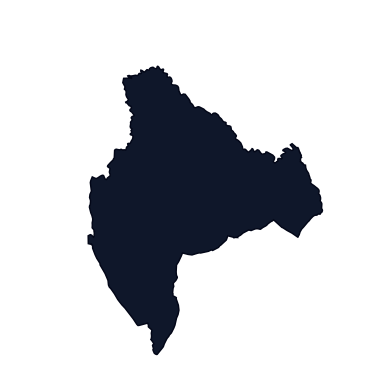 Tibasosa, Boyacá, Colombia (Natural Earth projection), rotated 335°
{"feature_id": "7082276B75151573988065", "entity_name": "Tibasosa", "entity_type": "district", "adm_level": 2, "iso_a3": "COL", "parent_name": "Colombia", "parent_adm1": "Boyacá", "projection": "natural_earth1", "projection_center": [-72.995, 5.748], "detail": "fine", "context": "isolated", "style": "filled", "palette": "ink", "viewbox_px": 384, "rotation_deg": 335, "n_neighbors": 0, "source": "geoboundaries", "source_scale": "gbopen_adm2", "svg_char_len": 5972}
<svg xmlns="http://www.w3.org/2000/svg" viewBox="0 0 384 384"><g transform="rotate(335 192 192)"><path d="M108.0,136.2L104.9,139.1L103.8,140.6L101.2,148.7L98.6,151.0L96.9,153.6L96.4,157.1L94.6,160.2L93.3,161.3L92.6,162.5L91.5,168.2L91.4,170.8L90.8,174.0L90.1,175.6L88.5,177.8L87.7,179.8L86.4,182.3L86.9,184.0L87.0,186.5L86.5,186.5L86.1,188.0L84.6,190.6L83.8,191.2L83.7,191.3L83.3,190.6L82.8,188.7L81.8,187.7L79.4,187.8L76.2,195.0L78.0,196.4L78.9,196.6L78.9,196.9L78.7,197.3L79.3,198.4L78.2,201.0L77.7,207.7L77.7,211.9L78.4,217.2L78.4,218.2L77.9,219.2L78.8,229.1L78.6,234.8L78.5,236.7L77.0,241.0L76.9,243.2L77.6,245.3L78.7,251.4L79.3,258.0L79.8,260.4L80.8,264.7L82.2,268.9L85.1,281.9L86.1,288.7L86.6,290.1L87.5,290.5L96.5,292.1L96.0,295.1L95.5,295.6L95.5,295.9L97.2,299.8L97.1,300.6L95.5,302.7L94.5,305.5L93.2,307.7L92.4,308.2L93.0,310.8L93.3,313.6L91.7,314.1L91.4,314.4L90.9,317.6L89.9,318.5L89.8,319.3L89.7,322.1L90.3,323.3L91.1,324.2L91.6,324.1L91.9,324.4L99.9,320.5L100.8,319.9L102.6,318.0L107.0,314.5L108.1,313.8L109.8,313.1L111.0,312.1L113.7,311.0L118.0,307.6L120.2,305.5L124.7,299.7L127.5,297.2L130.2,293.6L131.8,288.8L132.5,282.2L133.1,281.2L132.9,280.7L130.9,278.0L131.0,277.4L131.7,276.4L131.8,275.3L132.2,274.5L134.1,271.3L135.6,269.8L136.1,267.7L136.7,266.6L140.0,265.3L142.4,263.5L142.7,262.8L142.7,260.9L143.8,257.8L147.1,251.6L150.5,249.4L155.3,245.4L157.6,243.2L162.1,246.9L165.4,249.0L171.0,249.8L172.8,250.2L174.0,250.9L181.9,252.7L185.0,252.6L186.0,253.7L192.6,253.4L194.5,252.4L195.6,252.3L202.8,250.0L206.0,246.8L210.3,250.4L210.6,251.2L211.8,251.4L214.1,252.5L214.1,251.9L217.8,251.6L221.1,250.7L227.4,250.4L229.3,251.9L233.3,252.1L234.6,252.4L236.0,253.0L238.1,254.6L238.8,254.6L241.1,254.1L244.3,253.9L245.6,253.7L247.1,253.0L250.8,252.2L252.6,252.2L254.2,251.7L258.5,262.0L259.4,263.0L261.9,267.0L265.3,271.6L268.6,277.3L268.8,277.1L269.2,277.5L270.6,276.1L270.9,276.2L273.1,273.8L275.8,271.9L278.3,270.9L284.3,268.1L285.7,267.7L288.2,266.4L291.1,265.3L292.8,265.0L293.9,265.1L295.4,265.7L297.3,265.3L298.7,266.2L301.1,264.8L301.3,265.0L302.3,264.1L302.6,263.1L302.5,261.6L304.6,257.7L304.8,256.9L304.5,254.8L304.6,253.8L305.5,252.8L306.2,251.2L306.5,249.0L306.0,247.2L307.5,245.0L307.8,243.9L307.5,242.4L305.2,237.7L303.7,235.2L303.3,234.1L303.6,233.4L304.6,232.1L304.9,231.2L304.5,229.5L304.9,228.8L305.2,225.9L305.5,224.3L305.0,220.5L305.3,218.2L306.2,215.6L304.9,214.7L304.8,213.6L304.1,213.0L304.5,212.5L304.4,212.3L303.7,211.7L303.7,211.0L303.4,210.9L303.0,210.3L303.6,209.6L304.0,208.1L304.6,207.8L305.1,206.8L305.9,206.8L305.9,206.3L305.7,205.9L306.3,205.3L306.6,204.9L306.4,203.7L306.6,201.8L306.3,201.7L306.5,200.5L306.8,197.7L306.7,196.5L305.7,196.1L305.4,195.8L303.1,190.5L301.6,190.7L301.1,190.8L301.0,191.3L301.6,192.8L302.0,195.1L301.8,196.1L301.3,196.5L300.6,196.7L299.4,196.1L297.7,193.6L296.9,192.6L295.2,192.1L293.0,192.2L292.2,192.4L291.9,192.9L293.3,194.6L293.6,195.3L293.5,195.7L292.9,196.1L290.4,196.0L288.1,196.5L287.8,197.1L288.1,198.7L287.7,199.7L287.2,199.8L285.9,198.8L284.2,198.1L283.4,198.9L282.9,200.3L282.6,200.4L281.4,200.3L280.4,200.8L279.3,200.6L278.5,199.4L278.6,198.7L280.8,196.8L281.5,195.3L280.8,192.8L276.8,187.4L276.0,187.0L275.2,187.8L274.2,188.1L271.6,187.4L271.2,186.9L270.8,185.8L270.2,182.6L269.4,181.6L268.8,181.4L266.3,182.1L265.4,181.7L265.2,178.5L264.8,178.1L262.9,179.1L260.6,179.7L259.9,179.6L259.4,178.9L258.5,176.1L257.8,175.4L256.8,175.3L256.4,174.8L256.3,173.9L256.8,172.2L256.9,168.2L256.0,165.6L255.2,164.0L254.3,163.1L254.1,162.1L254.5,161.0L255.7,160.2L256.0,159.6L255.7,157.8L255.0,156.1L254.9,154.6L253.9,152.5L254.7,149.6L254.7,148.9L253.7,147.8L252.3,147.1L251.3,145.7L251.3,145.1L251.9,144.0L251.6,144.0L251.8,143.0L250.6,142.0L250.0,141.1L249.5,138.1L248.4,135.6L248.3,133.4L247.2,131.2L246.1,130.5L246.2,130.2L244.7,129.7L244.0,129.8L242.8,130.4L242.0,130.1L241.5,128.3L239.4,125.6L238.4,123.8L237.7,121.9L234.7,118.1L233.5,117.3L231.2,117.1L230.5,117.0L229.7,116.3L229.4,112.9L228.2,110.1L228.6,108.8L228.4,106.4L227.1,100.6L225.6,99.6L223.3,99.7L222.8,98.6L222.9,94.7L223.9,91.6L223.8,90.2L223.2,89.2L222.1,88.1L219.6,86.7L219.1,85.9L219.0,85.3L219.4,84.4L220.7,83.2L221.1,81.7L221.2,80.1L220.9,79.1L220.4,78.4L218.7,77.9L218.2,77.4L218.6,75.9L219.5,75.0L219.4,74.2L216.6,71.9L216.4,71.3L216.6,70.7L217.8,69.3L218.0,68.9L217.9,68.5L217.5,68.3L216.1,68.3L215.3,67.7L214.9,67.0L214.6,64.5L214.2,63.7L213.8,63.5L213.3,63.8L212.7,64.6L212.2,65.0L211.5,65.1L210.4,64.2L209.4,62.5L208.6,62.2L207.2,62.0L205.7,62.3L204.9,63.3L204.4,63.4L203.4,62.4L202.8,62.1L199.9,63.2L199.3,63.0L198.0,60.8L197.2,60.0L196.7,60.6L196.4,62.7L196.1,63.1L195.5,63.0L194.4,62.3L194.0,62.3L192.4,63.4L191.5,63.3L190.1,62.3L186.8,61.5L185.3,60.9L184.2,59.8L182.9,59.6L182.9,60.4L183.4,61.1L185.7,62.2L185.2,63.5L183.9,62.6L178.1,60.1L175.5,63.7L175.8,68.4L174.4,70.0L174.2,70.4L174.9,71.7L174.9,72.4L174.5,73.8L173.3,75.8L173.1,76.9L173.0,78.2L173.4,81.1L173.2,81.6L171.9,82.4L169.9,82.5L169.8,83.1L170.6,83.7L171.6,87.3L172.8,88.4L172.7,90.2L172.3,90.6L170.7,91.1L170.2,92.0L170.4,92.8L171.2,94.1L172.0,97.7L171.8,98.2L171.3,98.4L169.5,98.3L168.4,98.9L168.2,99.4L168.4,101.0L167.7,101.8L165.9,102.7L165.6,103.2L165.3,104.2L163.7,106.5L163.4,107.9L164.3,109.2L164.1,109.6L162.7,110.6L162.8,112.2L161.7,113.0L160.6,113.3L160.4,113.7L160.5,114.1L161.7,115.2L162.0,115.8L162.1,116.3L161.7,117.3L161.2,118.0L160.3,119.0L158.2,120.4L157.2,121.4L156.6,121.8L154.6,121.0L154.1,121.1L153.6,123.0L153.2,123.4L151.7,123.7L150.1,125.7L149.6,125.9L148.2,125.0L147.0,124.8L146.1,123.6L145.6,123.3L144.1,123.2L141.4,121.2L140.4,121.1L139.5,121.5L136.0,128.2L135.0,128.7L133.9,129.7L130.7,130.8L126.9,132.4L126.3,133.0L126.3,133.6L127.5,135.6L127.6,136.2L125.6,138.9L125.4,139.7L125.3,141.4L124.7,142.7L121.2,143.6L120.2,144.4L119.5,144.5L119.1,144.0L118.7,143.3L118.8,139.7L118.3,139.2L117.7,138.9L115.7,138.9L111.7,139.5L110.8,139.2L109.9,138.5L108.0,136.2Z" fill="#0f172a" stroke="#020617" stroke-width="1.5"/></g></svg>